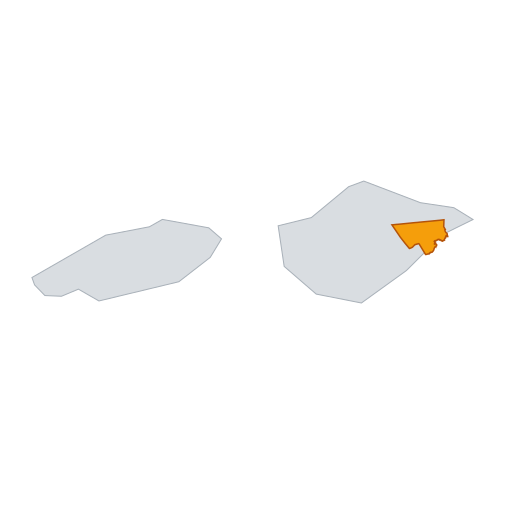 Vaisigano East, Gaga'ifomauga, Samoa (highlighted), rotated 150°
{"feature_id": "51752279B23557786171080", "entity_name": "Vaisigano East", "entity_type": "district", "adm_level": 2, "iso_a3": "WSM", "parent_name": "Samoa", "parent_adm1": "Gaga'ifomauga", "projection": "albers", "projection_center": [-172.632, -13.561], "detail": "fine", "context": "in_parent", "style": "filled", "palette": "amber", "viewbox_px": 512, "rotation_deg": 150, "n_neighbors": 0, "source": "geoboundaries", "source_scale": "gbopen_adm2", "svg_char_len": 3383}
<svg xmlns="http://www.w3.org/2000/svg" viewBox="0 0 512 512"><g transform="rotate(150 256 256)"><path d="M188.2,162.6L222.9,192.9L236.8,232.9L221.7,271.1L188.9,261.6L141.1,269.7L125.2,267.0L87.0,220.0L60.5,198.9L49.8,179.1L83.6,181.3L133.0,168.2L188.2,162.6ZM460.8,349.4L375.7,349.2L333.7,334.6L318.8,334.5L282.8,304.0L277.3,288.1L296.3,277.7L335.7,272.3L414.5,295.6L426.4,316.1L444.6,318.4L458.6,327.3L462.2,341.7L460.8,349.4Z" fill="#d9dde1" stroke="#a8b0b8" stroke-width="1"/><path d="M108.4,172.5L108.2,172.4L107.7,172.2L107.4,172.1L107.2,172.0L106.9,172.0L106.4,171.9L106.2,171.8L106.0,171.7L105.8,171.6L105.6,171.5L105.1,171.4L104.9,171.5L104.9,171.4L104.7,171.5L104.4,171.5L104.2,171.6L103.9,171.7L103.6,171.8L103.4,171.8L103.3,171.7L103.2,171.8L103.1,171.7L103.0,171.8L102.8,171.8L102.8,171.7L102.7,171.7L102.3,171.5L102.2,171.5L101.9,171.4L101.7,171.3L101.4,171.4L101.2,171.3L100.9,171.5L100.7,171.6L100.4,171.7L100.2,171.7L100.1,171.8L99.9,171.8L99.7,172.0L99.4,172.1L99.2,172.2L98.9,172.5L98.7,172.6L98.5,172.9L98.4,173.0L98.2,173.2L98.1,173.4L97.9,173.5L97.7,173.6L97.4,173.7L97.3,173.8L97.2,174.0L96.4,174.4L96.2,174.3L95.9,174.2L95.7,174.2L95.5,174.3L95.5,174.2L95.4,174.3L95.2,174.3L95.0,174.5L94.5,174.7L94.5,174.8L94.4,174.9L94.3,175.1L94.2,175.0L94.0,175.4L93.9,175.5L94.0,175.7L94.0,175.9L94.0,176.0L94.1,176.3L94.2,176.5L94.2,176.8L94.1,177.1L94.4,177.1L94.2,177.1L94.3,176.9L94.4,177.0L94.5,176.9L94.6,177.0L94.7,176.9L94.9,177.0L95.0,177.0L95.1,176.9L95.4,176.9L95.5,177.1L95.4,177.2L95.4,177.3L95.2,177.4L95.2,177.5L94.7,177.9L94.6,178.1L94.4,178.2L94.4,178.3L94.3,178.5L94.3,178.9L94.2,178.8L94.2,179.0L93.9,179.0L93.8,179.4L93.7,179.5L93.6,179.8L93.4,179.8L93.3,179.7L93.2,179.4L92.9,179.3L92.6,179.3L92.4,179.3L92.3,179.5L92.2,179.5L92.0,179.4L91.9,179.4L91.7,179.4L91.3,179.2L91.1,179.2L90.8,179.2L90.5,179.4L90.4,179.4L90.1,179.3L89.9,179.2L89.7,179.0L89.7,178.8L89.6,179.0L89.5,178.9L89.3,178.9L89.3,179.0L89.2,179.0L89.1,178.9L89.2,178.7L89.4,178.5L89.2,178.1L88.9,178.0L88.8,177.9L88.7,177.9L88.4,177.8L88.2,177.8L88.1,177.7L88.1,177.3L88.1,177.2L87.8,177.0L87.6,176.7L87.8,176.4L87.7,176.3L87.6,176.2L87.6,176.3L87.2,176.1L86.6,175.8L86.3,175.7L86.0,175.6L85.9,175.5L85.7,175.5L85.4,175.5L85.2,175.5L85.3,175.7L85.2,175.8L85.0,176.0L84.9,176.0L84.7,176.0L84.4,176.1L84.2,176.4L84.1,176.5L83.7,176.8L83.4,176.8L83.2,176.8L82.8,176.9L82.9,177.1L82.8,177.4L82.7,177.5L82.3,177.7L82.2,177.8L81.9,178.0L81.7,178.2L81.6,178.3L81.4,178.5L81.2,178.5L80.8,178.5L80.8,178.4L80.7,178.2L80.8,177.9L80.8,177.7L80.7,177.5L80.7,177.2L80.4,177.1L80.2,177.0L80.0,177.7L79.9,178.0L79.9,178.4L79.7,178.8L79.6,179.1L79.5,179.4L79.3,179.8L79.4,180.1L79.4,180.4L79.8,181.5L79.8,181.9L79.8,182.7L79.4,184.3L78.8,184.3L78.8,187.5L75.1,193.4L77.0,194.2L79.1,195.1L80.6,195.8L83.9,197.3L92.4,201.2L97.2,203.4L99.7,204.5L101.1,205.2L108.0,208.3L115.1,211.5L117.3,212.5L118.7,213.2L121.2,214.3L122.7,215.0L121.6,200.0L120.5,192.2L119.4,185.8L119.1,185.7L118.7,185.7L118.2,185.5L117.8,185.5L116.8,185.4L116.1,185.4L115.8,185.5L115.7,185.5L115.1,185.7L114.7,185.8L114.3,185.9L113.7,186.1L113.4,186.2L112.7,186.4L112.4,186.3L112.2,186.1L111.8,186.1L111.6,186.1L111.3,186.0L110.9,185.9L110.6,185.9L110.3,185.7L110.1,185.7L109.9,185.6L109.7,185.6L109.3,185.5L109.0,185.4L108.9,185.3L108.8,185.0L108.7,184.9L108.4,172.5Z" fill="#f59e0b" stroke="#b45309" stroke-width="1.5"/></g></svg>